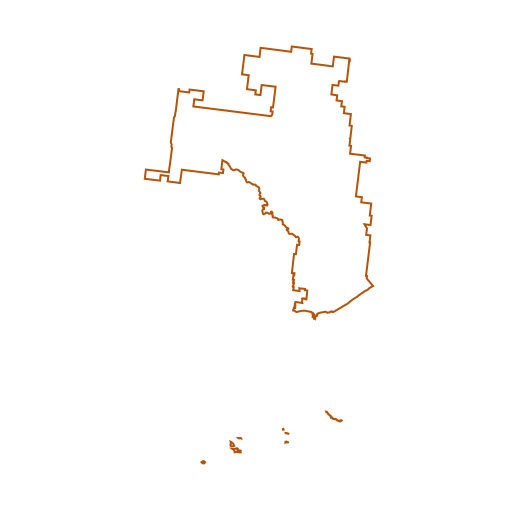 Greater Geraldton, Western Australia, Australia, rotated 277°
{"feature_id": "25037944B20957215446412", "entity_name": "Greater Geraldton", "entity_type": "district", "adm_level": 2, "iso_a3": "AUS", "parent_name": "Australia", "parent_adm1": "Western Australia", "projection": "natural_earth1", "projection_center": [114.652, -28.44], "detail": "fine", "context": "isolated", "style": "outline", "palette": "amber", "viewbox_px": 512, "rotation_deg": 277, "n_neighbors": 0, "source": "geoboundaries", "source_scale": "gbopen_adm2", "svg_char_len": 6054}
<svg xmlns="http://www.w3.org/2000/svg" viewBox="0 0 512 512"><g transform="rotate(277 256 256)"><path d="M206.5,299.5L206.3,301.1L205.6,302.2L205.4,303.2L205.5,303.6L206.7,306.6L207.5,309.8L207.7,311.7L207.4,313.2L207.4,315.7L206.9,318.1L206.2,318.4L206.5,318.4L206.4,318.7L206.7,318.6L206.6,318.8L206.5,319.2L206.1,319.4L206.0,319.2L206.3,318.6L205.9,319.4L206.0,319.6L205.5,320.1L205.5,320.3L205.1,320.6L205.0,319.9L204.9,320.0L204.8,320.5L205.0,320.4L204.9,320.7L203.4,320.9L203.7,319.9L204.4,319.8L204.4,319.7L204.5,319.6L204.5,319.4L204.4,319.7L204.4,319.4L203.7,319.6L203.4,320.1L203.0,320.4L203.0,320.8L202.6,320.7L202.6,320.2L203.4,320.0L203.2,319.9L203.3,319.6L202.5,319.7L202.6,320.2L202.1,320.8L200.8,321.1L200.9,321.9L200.7,322.3L203.2,322.5L203.8,323.0L203.9,323.6L204.2,323.9L204.9,323.8L205.5,324.0L205.6,323.7L206.5,324.4L207.6,326.6L208.4,329.4L209.1,331.2L209.1,331.8L208.8,333.0L208.3,333.7L208.8,334.7L208.8,335.5L209.1,336.1L209.7,336.5L210.1,337.2L210.2,338.1L209.8,338.4L210.0,338.7L209.7,339.0L210.0,339.8L219.9,352.7L224.3,356.9L227.6,361.0L228.8,362.3L229.6,362.8L229.8,363.2L231.8,365.3L233.1,367.0L233.9,367.7L236.5,371.4L237.4,371.9L238.3,372.9L240.5,375.8L247.2,368.6L249.6,368.6L249.6,367.6L283.3,367.6L283.3,367.0L290.4,367.0L290.4,362.8L296.9,362.8L300.7,359.8L300.7,365.9L310.0,365.9L310.0,364.0L322.1,364.0L322.1,353.9L327.3,353.9L327.3,347.9L362.2,347.9L362.2,354.2L363.9,354.2L363.9,357.3L366.7,357.3L366.7,354.2L367.2,354.2L367.2,351.8L369.0,351.8L369.0,336.9L376.9,336.9L376.9,335.3L384.0,335.3L384.1,335.1L384.3,335.3L396.8,335.2L396.9,332.9L408.4,332.9L408.5,325.8L414.9,325.8L414.9,322.4L420.2,322.4L420.2,317.0L425.4,317.0L425.5,311.1L435.1,311.1L435.1,317.0L439.5,317.0L439.8,317.3L439.8,323.1L440.1,323.1L440.1,324.9L461.0,324.7L461.0,325.3L462.0,325.3L462.0,324.7L463.4,324.7L463.4,309.1L453.6,309.1L453.7,287.5L463.5,287.5L463.5,286.0L468.2,286.0L468.3,266.0L463.0,266.0L463.2,235.2L454.0,235.2L454.1,220.0L434.6,220.0L434.6,226.7L420.5,226.7L420.4,235.6L416.3,235.6L416.3,240.8L426.4,240.8L426.4,254.8L405.5,254.8L405.5,252.9L401.4,252.9L401.4,254.9L398.4,254.9L396.6,253.8L396.8,175.6L404.0,175.6L404.0,184.0L413.1,184.0L413.1,169.8L410.2,169.8L410.2,159.3L412.2,159.3L412.2,158.7L389.4,158.7L389.1,158.5L385.0,158.5L383.8,157.7L358.2,157.6L356.4,158.7L354.0,158.7L353.2,159.5L336.9,159.4L329.4,159.2L329.4,159.4L328.4,159.4L328.4,136.2L319.1,136.2L319.1,151.5L324.7,151.5L324.7,159.3L319.3,159.2L319.2,171.7L332.6,171.9L332.5,209.1L334.3,209.1L334.3,213.1L337.9,213.1L337.9,211.0L347.0,211.0L346.2,213.1L345.1,215.0L345.3,215.2L345.7,214.8L345.6,215.3L345.2,215.4L344.3,217.3L343.7,217.2L343.2,217.5L342.0,219.0L339.6,220.5L339.0,221.7L338.4,222.9L338.4,223.8L339.2,224.9L339.5,225.7L339.4,227.5L339.3,227.9L338.0,229.7L337.3,231.4L337.1,232.9L336.9,233.3L336.4,233.7L335.5,233.3L334.3,233.4L333.2,234.1L332.4,235.5L331.2,236.0L330.3,236.8L329.2,237.1L328.0,238.0L328.0,238.9L328.5,239.5L328.6,239.9L328.1,241.4L327.2,242.7L327.0,243.8L326.4,244.5L326.8,246.8L325.4,247.9L324.9,249.8L324.2,250.7L323.0,251.1L321.1,250.9L319.3,252.6L317.0,251.9L316.0,253.1L315.5,253.4L314.6,253.1L314.0,252.5L313.4,252.6L313.0,253.2L312.9,253.7L313.5,255.0L313.8,256.7L313.0,257.5L311.8,258.0L311.3,259.6L310.7,260.2L308.3,261.2L307.6,261.0L307.4,260.1L307.5,259.6L307.8,259.3L307.8,258.8L307.2,257.2L306.5,256.3L305.1,257.2L305.1,258.2L303.5,258.2L303.5,257.4L301.8,256.7L299.2,257.6L298.4,258.2L298.3,258.7L298.5,259.1L300.4,260.8L300.2,261.2L300.3,261.9L299.5,263.6L299.6,264.6L300.0,265.2L301.7,265.4L301.9,265.8L301.8,266.3L300.7,267.2L299.1,266.9L298.2,267.7L296.8,267.7L296.4,268.0L296.3,269.3L296.5,270.2L295.9,272.7L295.7,273.1L294.7,273.3L294.5,273.8L295.2,275.3L295.2,276.7L294.9,277.7L294.2,277.6L293.7,278.1L292.2,278.6L290.8,278.6L289.9,280.8L288.2,282.4L287.4,284.7L286.7,284.7L286.4,283.8L286.0,283.3L285.7,283.3L285.3,283.5L284.3,285.2L283.0,285.5L282.3,285.9L282.1,287.0L282.5,289.0L280.8,292.1L279.6,293.2L279.7,293.8L280.2,294.8L280.0,295.5L278.6,296.5L275.7,296.5L275.7,297.5L272.2,297.5L272.2,295.4L262.7,295.4L262.7,293.5L243.4,293.7L243.3,294.4L243.6,294.6L243.6,296.3L242.2,296.3L242.2,295.9L241.2,295.9L241.2,295.5L237.1,295.4L237.1,296.6L235.7,296.5L235.6,296.1L233.8,296.1L233.8,297.0L233.2,297.0L232.1,296.8L230.2,296.1L229.8,296.3L229.8,297.2L226.6,297.1L226.5,303.5L227.5,303.2L228.9,303.3L229.2,303.1L229.3,308.7L228.0,308.7L228.0,311.1L226.1,311.2L219.1,311.3L219.1,310.0L219.7,309.7L219.7,307.5L219.3,306.9L218.6,307.4L216.7,307.2L215.0,307.7L215.2,300.8L213.4,300.8L213.4,300.4L211.3,300.4L211.3,301.2L209.3,301.2L209.2,301.2L209.2,299.9L207.8,299.9L207.6,299.5L206.5,299.5ZM59.1,261.6L59.2,264.7L60.9,264.5L60.8,263.8L61.0,263.5L61.0,262.9L60.8,262.9L61.1,262.1L60.9,261.7L61.4,261.3L62.1,261.5L62.2,260.8L62.8,260.8L62.8,260.2L62.4,259.9L62.1,258.6L61.6,258.0L61.8,257.4L61.6,257.1L61.6,256.1L60.5,258.0L59.6,258.6L58.6,258.7L59.4,260.9L59.4,261.2L59.1,261.6ZM64.6,257.1L64.9,257.5L65.4,257.0L66.3,256.8L67.5,255.4L68.4,254.1L68.6,253.4L68.1,253.6L67.7,254.3L67.2,254.5L66.6,253.8L66.0,253.9L65.4,253.6L64.3,254.1L64.0,254.8L64.6,257.1ZM103.7,355.1L102.5,357.1L102.0,359.5L102.2,360.1L102.7,360.5L103.1,360.5L103.3,361.0L103.4,360.9L103.1,359.6L102.6,359.0L102.6,357.5L104.0,355.1L103.9,354.0L104.1,352.0L106.4,349.6L108.0,347.1L108.8,346.3L109.6,345.8L110.1,344.9L110.1,344.6L109.7,344.8L109.4,345.8L108.5,346.2L108.1,346.8L107.5,347.3L107.4,347.7L106.5,349.1L105.1,349.9L105.4,350.1L104.4,351.3L104.1,351.2L104.2,350.9L104.0,351.5L103.7,352.6L103.7,355.1ZM43.8,229.5L44.0,230.0L45.2,230.6L46.0,229.2L46.0,228.5L45.5,228.3L45.3,227.6L44.7,227.0L43.7,228.3L43.8,229.5ZM75.6,308.8L75.2,307.9L74.3,307.9L74.9,309.5L74.8,310.3L75.0,310.5L75.2,310.3L75.2,309.7L75.6,308.8ZM83.8,306.2L83.8,308.1L83.3,310.5L83.6,310.0L84.0,308.0L84.0,306.6L83.8,306.2ZM86.9,304.5L87.5,304.4L88.5,303.4L87.8,303.9L87.3,303.8L87.0,304.0L87.0,303.4L86.8,303.8L86.9,304.5ZM73.1,263.5L73.3,263.4L73.4,262.8L73.1,260.6L72.9,260.9L73.2,262.9L73.1,263.5Z" fill="none" stroke="#b45309" stroke-width="2"/></g></svg>